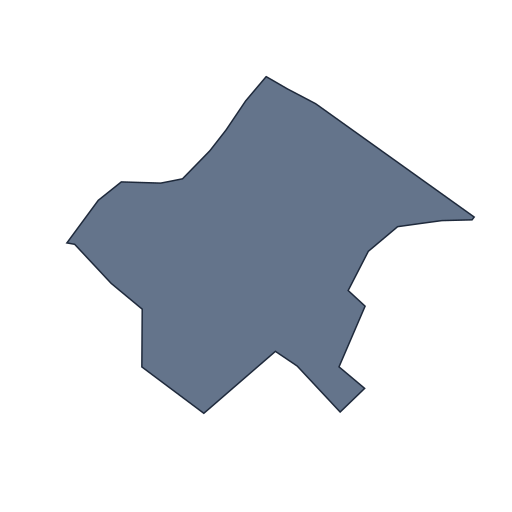 Gyeyang-gu, Gyeonggi, South Korea, rotated 214°
{"feature_id": "91817680B94833670639499", "entity_name": "Gyeyang-gu", "entity_type": "district", "adm_level": 2, "iso_a3": "KOR", "parent_name": "South Korea", "parent_adm1": "Gyeonggi", "projection": "albers", "projection_center": [126.738, 37.552], "detail": "fine", "context": "isolated", "style": "filled", "palette": "slate", "viewbox_px": 512, "rotation_deg": 214, "n_neighbors": 0, "source": "geoboundaries", "source_scale": "gbopen_adm2", "svg_char_len": 549}
<svg xmlns="http://www.w3.org/2000/svg" viewBox="0 0 512 512"><g transform="rotate(214 256 256)"><path d="M211.3,96.4L186.6,187.8L160.3,187.8L99.0,173.7L91.9,207.0L125.2,210.5L137.5,275.4L160.3,278.9L165.5,322.7L155.0,359.5L137.4,375.3L121.7,389.3L97.1,406.8L96.9,410.3L291.7,415.6L323.3,412.1L347.8,410.4L347.9,410.2L351.3,378.8L351.3,343.7L353.1,317.5L360.1,278.9L367.9,271.0L375.8,263.1L409.1,242.1L417.9,214.0L420.1,161.1L412.9,164.3L360.7,152.3L320.6,148.3L288.6,100.2L211.3,96.4Z" fill="#64748b" stroke="#1e293b" stroke-width="1.5"/></g></svg>